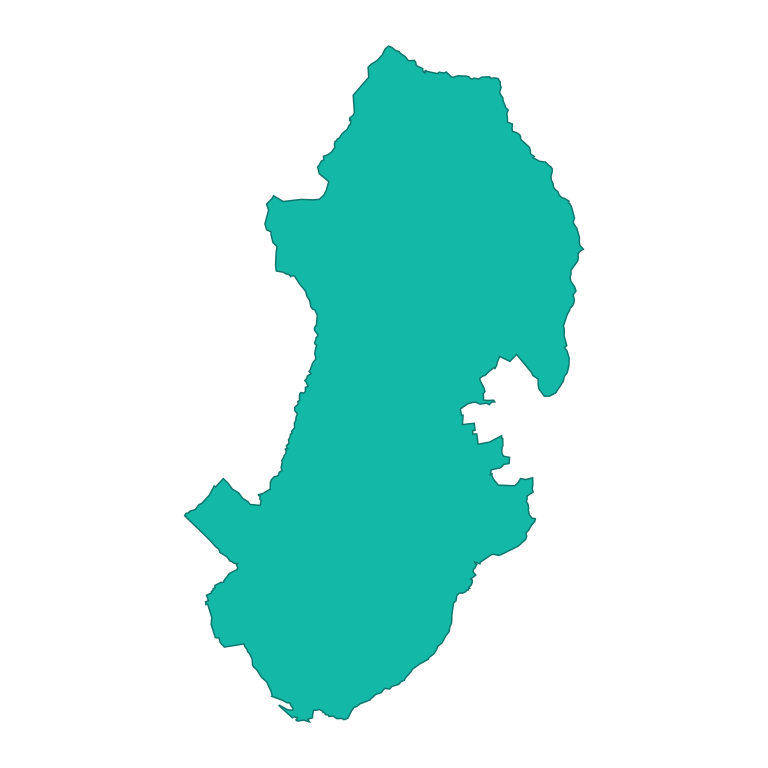 outline of Golesti, Vâlcea, Romania
{"feature_id": "2599482B46640731791871", "entity_name": "Golesti", "entity_type": "district", "adm_level": 2, "iso_a3": "ROU", "parent_name": "Romania", "parent_adm1": "Vâlcea", "projection": "mercator", "projection_center": [24.467, 45.11], "detail": "fine", "context": "isolated", "style": "filled", "palette": "teal", "viewbox_px": 768, "rotation_deg": 0, "n_neighbors": 0, "source": "geoboundaries", "source_scale": "gbopen_adm2", "svg_char_len": 6084}
<svg xmlns="http://www.w3.org/2000/svg" viewBox="0 0 768 768"><path d="M436.7,649.4L437.5,646.5L442.1,642.8L445.8,635.8L449.1,631.7L449.9,626.8L451.6,622.9L451.8,615.8L453.5,603.1L456.0,600.7L456.8,595.6L459.4,593.1L462.7,593.1L465.7,591.7L466.6,590.3L468.4,590.0L468.7,588.2L469.7,588.1L469.1,587.1L471.2,585.1L472.4,581.8L472.2,580.0L470.5,579.1L475.8,575.1L473.3,572.2L473.4,569.4L475.0,567.9L476.8,564.6L475.3,563.6L474.7,562.0L479.9,563.8L480.3,562.2L491.5,554.6L494.0,554.3L498.5,555.4L500.7,554.8L518.3,546.1L525.8,539.2L526.7,536.1L525.9,533.0L528.6,530.4L531.5,525.2L534.6,521.7L535.4,519.2L535.1,518.5L532.2,518.3L529.3,514.7L528.3,509.9L528.7,508.1L528.0,504.3L526.4,501.6L527.1,499.0L527.1,496.0L533.2,492.0L532.2,489.3L532.8,484.8L532.7,477.8L525.6,479.5L520.6,478.5L517.8,483.1L514.6,485.8L498.3,485.1L493.6,479.4L492.0,476.3L492.0,473.9L490.4,474.8L491.2,469.8L499.7,468.0L501.4,467.1L503.8,464.4L509.1,463.5L509.6,457.4L503.5,456.2L502.2,453.8L501.8,451.9L502.1,447.7L502.9,445.6L502.7,438.5L501.7,438.4L501.6,435.7L489.5,442.1L478.1,444.2L476.8,433.9L472.9,434.2L472.6,430.6L475.1,430.3L474.2,423.3L462.4,424.6L463.1,415.2L461.6,415.3L460.3,409.0L467.7,403.8L473.6,402.2L476.6,402.5L479.7,404.1L486.8,403.2L489.1,404.7L492.2,401.9L494.7,401.9L493.7,400.2L487.5,400.5L483.3,399.9L483.6,397.5L483.1,393.9L485.0,391.5L483.9,387.8L480.0,380.2L479.9,378.3L483.0,375.9L485.1,375.5L489.0,371.5L494.1,367.6L494.9,368.5L496.9,365.0L496.8,363.8L499.6,356.4L509.8,361.4L516.6,354.5L531.2,372.1L532.9,375.5L538.2,379.0L538.1,384.4L539.0,389.1L544.3,396.2L549.4,396.1L555.7,392.9L563.3,381.2L564.2,376.6L567.2,372.7L568.9,365.8L569.2,358.4L567.1,351.1L564.5,347.3L566.8,345.7L564.1,335.9L564.3,329.1L563.4,326.2L567.2,314.5L569.5,310.6L570.0,308.5L572.9,305.2L574.1,302.0L574.3,299.5L573.1,294.8L576.0,291.0L574.6,286.8L570.7,281.0L570.2,276.9L571.0,274.2L570.9,270.4L577.7,260.9L578.3,258.3L578.0,254.3L578.6,253.0L580.3,251.0L583.4,249.2L579.9,245.5L579.3,242.1L579.4,237.2L576.8,228.3L573.4,223.1L573.5,220.8L574.5,218.2L571.6,207.1L569.9,203.9L568.3,202.7L569.1,201.2L564.3,198.3L561.7,197.7L559.1,195.0L558.0,191.8L554.6,189.0L553.4,186.7L553.2,184.0L551.5,180.4L551.1,178.2L551.0,175.9L552.2,171.8L552.3,169.0L550.7,166.6L548.8,165.5L545.5,162.1L539.3,161.2L533.0,157.6L534.2,156.4L530.5,153.9L530.4,150.6L529.4,147.3L520.8,139.4L520.5,136.3L519.4,134.5L516.5,132.6L512.5,131.3L511.9,127.5L512.4,126.8L512.4,124.0L507.4,122.1L507.5,118.3L506.8,113.3L508.2,110.0L505.9,107.8L503.2,101.0L502.7,97.3L501.1,95.6L499.6,92.2L501.2,87.3L500.3,85.2L500.2,81.9L497.9,78.4L494.3,77.9L491.2,78.4L489.3,76.7L481.6,77.2L478.4,79.1L474.1,78.0L472.0,79.2L470.2,78.3L468.7,76.6L465.6,76.1L457.9,75.8L453.2,77.3L451.5,77.0L446.2,72.0L444.1,73.0L439.2,72.2L437.4,73.6L426.4,71.3L426.0,70.5L425.1,70.8L425.3,72.5L424.9,72.8L422.8,71.2L422.7,68.6L416.3,65.6L415.7,62.3L414.5,60.4L408.4,60.7L405.3,56.7L400.6,53.5L399.2,51.7L395.4,50.3L392.1,47.6L388.6,46.1L385.1,49.0L382.2,55.0L377.1,60.5L370.7,64.6L368.1,67.3L368.7,77.4L353.2,95.2L354.4,112.6L353.0,115.4L349.6,118.1L349.8,120.3L350.9,120.3L350.4,121.2L350.7,124.0L349.1,125.2L347.4,129.2L342.4,133.3L339.4,137.9L337.1,139.2L336.6,140.7L335.0,141.4L334.4,144.5L334.8,147.2L331.7,151.9L328.0,154.7L323.4,156.3L323.8,160.0L321.3,161.1L318.9,165.6L317.6,166.8L319.3,173.8L328.8,181.6L326.1,190.7L323.9,195.0L319.3,199.3L312.5,199.9L301.5,199.4L283.2,201.5L273.5,195.8L272.3,198.3L266.5,204.1L268.6,210.0L264.9,223.9L266.7,229.8L271.0,231.9L271.1,235.0L273.0,242.6L277.0,246.7L276.1,252.8L275.6,265.4L276.3,271.0L283.3,272.2L286.3,274.1L288.4,274.2L290.5,276.3L290.5,275.8L294.5,276.0L299.6,284.0L305.6,291.3L306.9,296.1L309.8,300.9L310.7,306.5L312.5,309.0L314.8,309.9L317.3,315.2L316.4,325.2L314.8,327.0L314.3,328.7L314.8,330.6L317.8,334.8L317.5,336.3L316.1,337.7L315.8,340.1L314.6,342.6L314.9,343.8L316.7,345.5L315.5,348.7L314.7,354.4L315.6,356.4L315.7,359.1L312.7,362.9L310.2,369.9L309.1,371.5L311.2,373.5L307.4,376.0L306.7,378.4L304.8,380.5L306.2,382.1L308.1,386.4L305.4,387.4L305.4,391.2L304.6,392.4L303.4,393.1L301.0,392.5L299.9,393.4L299.4,395.5L299.6,400.4L297.9,401.4L298.2,404.1L294.6,407.5L294.7,410.5L297.4,414.0L296.2,416.8L295.7,420.6L294.4,423.1L294.5,427.9L291.7,431.2L292.0,433.2L290.5,434.3L289.9,437.7L288.4,439.9L289.1,443.1L286.3,445.8L287.5,448.5L285.3,449.1L286.1,450.5L285.9,453.3L284.0,455.9L283.8,457.2L281.8,460.6L282.2,462.6L281.1,467.6L282.0,470.6L279.3,472.2L278.1,475.7L274.2,476.8L271.4,479.6L270.4,482.2L270.2,489.1L262.6,493.7L258.5,494.6L258.6,495.5L260.1,496.1L259.8,499.0L261.2,500.7L260.2,505.4L249.9,504.4L248.0,501.7L242.6,498.3L238.8,493.0L232.4,489.1L227.4,482.5L223.3,478.6L215.5,487.1L214.2,485.9L209.4,495.1L201.8,503.3L198.9,504.7L195.4,509.5L189.9,511.2L188.1,513.0L186.1,513.3L184.6,515.7L208.9,539.2L216.5,547.5L218.6,548.8L220.0,552.5L226.7,556.6L230.2,561.2L232.0,561.6L233.5,563.0L237.5,563.7L236.4,564.8L237.8,567.8L236.8,569.7L229.4,573.4L223.9,580.8L223.7,582.3L220.7,582.4L214.9,585.5L215.1,587.9L213.2,588.5L213.0,590.4L211.4,591.5L211.5,592.9L206.5,595.3L208.5,600.9L205.5,601.7L205.9,604.6L207.7,604.2L211.7,617.3L211.2,624.7L215.3,637.6L218.9,638.0L220.4,642.8L224.4,647.1L243.9,643.9L244.9,646.7L247.0,649.3L247.6,651.7L249.2,653.2L252.1,658.8L252.5,664.5L253.3,666.7L256.6,669.6L261.8,677.6L266.7,681.9L271.2,691.8L272.2,696.0L271.8,696.4L282.6,700.3L286.8,702.7L290.0,703.0L290.7,705.3L293.1,708.3L292.8,710.2L287.8,709.9L279.6,705.3L279.1,705.7L292.4,717.8L294.7,716.8L297.2,717.6L297.4,718.4L296.0,719.9L297.4,721.1L303.8,720.1L309.5,721.9L307.7,719.3L312.5,717.8L312.7,714.0L313.7,710.3L317.1,710.2L318.9,709.4L322.8,711.2L323.0,712.3L323.7,712.0L325.8,714.8L328.1,714.7L329.0,716.5L333.0,716.0L336.7,718.6L342.3,718.5L343.5,719.6L345.4,719.4L348.0,718.0L351.5,710.9L354.2,707.1L356.4,706.7L360.3,703.7L370.2,699.9L370.3,699.3L375.7,694.5L381.1,692.7L384.6,688.4L389.8,689.0L391.7,686.5L398.6,684.4L401.2,681.6L404.3,680.3L405.2,678.2L411.0,671.7L412.5,669.2L419.6,664.0L428.1,659.4L429.0,657.6L434.2,653.5L436.7,649.4Z" fill="#14b8a6" stroke="#0f766e" stroke-width="1.5"/></svg>